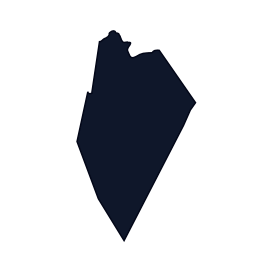 outline of Chassin/Babonneau, Dauphin, Saint Lucia, rotated 52°
{"feature_id": "8701671B17247677679787", "entity_name": "Chassin/Babonneau", "entity_type": "district", "adm_level": 2, "iso_a3": "LCA", "parent_name": "Saint Lucia", "parent_adm1": "Dauphin", "projection": "natural_earth1", "projection_center": [-60.929, 13.991], "detail": "fine", "context": "isolated", "style": "filled", "palette": "ink", "viewbox_px": 256, "rotation_deg": 52, "n_neighbors": 0, "source": "geoboundaries", "source_scale": "gbopen_adm2", "svg_char_len": 3623}
<svg xmlns="http://www.w3.org/2000/svg" viewBox="0 0 256 256"><g transform="rotate(52 128 128)"><path d="M86.0,55.6L85.9,55.7L85.9,55.8L85.7,55.9L85.6,56.0L85.3,56.4L85.1,56.6L84.9,56.8L84.8,57.0L84.7,57.1L84.5,57.5L84.4,57.6L84.3,57.8L84.2,57.9L84.1,58.1L84.0,58.3L83.6,58.9L83.5,59.1L83.4,59.5L83.3,60.0L83.3,60.3L83.3,60.5L83.2,60.6L83.2,61.1L83.3,61.3L83.3,61.5L83.4,61.9L83.4,62.0L83.5,62.4L83.4,62.8L83.0,63.5L82.9,63.6L82.8,63.8L82.7,63.9L82.5,64.1L82.4,64.4L82.2,64.6L81.9,64.9L81.8,65.2L81.5,65.5L81.3,65.8L81.2,65.9L81.2,66.0L80.8,66.6L80.7,66.7L80.6,66.9L80.4,67.2L80.3,67.3L80.1,67.6L80.0,67.8L79.8,68.1L79.7,68.3L79.6,68.5L79.4,68.8L79.3,69.0L79.2,69.1L79.1,69.3L79.0,69.5L78.9,69.6L78.6,70.1L78.5,70.4L78.4,70.6L78.3,70.9L78.2,71.0L78.1,71.5L78.0,71.8L77.9,72.0L77.8,72.4L77.7,72.6L77.5,73.0L77.4,73.3L77.3,74.1L77.2,74.4L77.2,74.5L77.1,75.0L77.1,75.3L77.1,75.6L77.0,75.9L77.0,76.2L76.9,76.3L76.9,76.6L76.8,77.0L76.8,77.3L76.6,78.0L76.5,78.4L76.5,78.7L76.4,78.8L76.3,79.2L76.2,79.4L76.1,79.7L76.1,79.8L75.9,80.4L75.8,80.5L75.7,80.7L75.7,80.8L75.5,81.0L75.4,81.1L75.3,81.3L75.1,81.5L74.9,81.6L74.6,81.9L74.4,82.0L74.2,82.0L73.7,82.2L73.4,82.2L72.8,82.2L72.7,82.2L72.4,82.2L72.2,82.2L71.8,82.1L71.6,82.1L71.4,82.0L71.1,81.9L70.9,81.9L70.7,81.8L70.4,81.8L70.2,81.7L69.8,81.6L69.7,81.6L69.4,81.5L69.2,81.5L69.0,81.4L68.9,81.4L68.6,81.3L68.4,81.2L68.2,81.2L67.8,81.1L67.5,81.0L67.3,80.9L67.2,80.9L66.9,80.8L66.7,80.7L66.4,80.6L66.2,80.5L66.1,80.4L65.9,80.2L65.7,79.9L65.5,79.7L65.4,79.6L65.3,79.4L65.1,79.2L64.9,78.8L64.9,78.7L64.7,78.5L64.6,78.1L64.5,77.9L64.4,77.6L64.2,77.1L64.1,76.7L64.0,76.4L63.9,76.1L63.9,75.9L63.8,75.7L63.7,75.5L63.6,75.3L63.4,74.9L63.3,74.6L63.2,74.4L63.1,74.2L62.8,73.9L62.7,73.8L62.6,73.7L62.4,73.6L62.2,73.6L61.9,73.8L61.7,74.0L61.4,74.2L61.3,74.3L61.2,74.5L61.0,74.8L60.9,74.9L60.8,75.2L60.8,75.3L60.7,75.4L60.0,75.5L59.9,75.6L60.0,75.7L60.2,76.0L59.5,76.4L59.3,76.6L59.2,76.8L58.9,77.2L58.7,77.6L58.6,77.8L58.4,78.1L58.3,78.3L58.2,78.4L58.1,78.5L57.9,78.7L57.8,78.8L57.5,79.0L57.4,79.0L57.1,79.1L56.8,79.1L56.6,79.1L56.4,79.1L55.8,79.1L55.6,79.1L55.4,79.1L55.1,79.1L54.9,79.0L54.6,79.0L54.4,78.9L54.0,78.8L53.9,78.8L53.6,78.7L53.4,78.6L53.2,78.5L53.0,78.4L52.7,78.4L52.4,78.3L52.2,78.3L51.9,78.2L51.6,78.1L51.4,78.0L51.2,77.9L50.8,77.8L50.3,77.7L50.1,77.7L49.9,77.7L49.5,77.7L49.4,77.7L49.2,77.6L48.9,77.6L48.6,77.5L48.4,77.5L48.3,77.4L48.1,77.4L47.9,77.4L47.8,77.5L47.7,77.5L47.3,77.7L47.2,77.7L46.9,77.9L46.6,78.1L46.4,78.4L46.2,78.5L45.9,78.8L45.7,78.9L45.4,79.0L45.2,79.0L44.9,78.9L44.7,78.9L44.4,78.8L44.1,78.8L43.9,78.8L43.6,78.9L43.5,79.0L43.4,79.0L43.2,79.2L42.9,79.4L42.8,79.5L42.7,79.5L42.5,79.8L42.4,79.9L42.4,80.0L42.2,80.3L42.1,80.5L42.0,80.8L41.9,81.0L41.8,81.3L41.8,81.5L41.7,81.7L41.7,81.9L41.7,82.0L41.7,83.1L41.7,83.3L41.6,83.6L41.7,83.9L41.9,84.5L42.0,84.6L42.3,84.8L42.5,84.9L42.5,85.0L42.8,85.1L42.9,85.3L43.0,85.4L43.1,85.6L43.2,86.0L43.5,86.7L43.5,86.9L43.6,87.1L43.6,87.3L43.7,87.5L43.7,87.8L43.7,88.0L43.6,88.4L43.6,88.5L43.6,88.9L43.6,89.0L43.6,89.3L43.6,89.6L43.5,89.8L43.5,90.0L43.4,90.4L43.4,90.7L43.3,90.8L43.2,91.2L43.2,91.4L43.1,91.5L43.1,91.9L43.0,92.0L43.0,92.4L43.0,92.6L43.0,92.8L43.0,93.0L43.0,93.3L43.0,93.5L43.0,93.9L43.0,94.0L43.1,94.3L43.1,94.7L43.1,94.8L43.1,95.3L43.1,95.6L43.1,95.8L43.0,96.1L42.9,96.3L42.9,96.5L42.7,96.8L42.6,97.0L42.4,97.3L77.4,134.2L78.4,135.1L77.5,137.0L77.4,137.0L77.1,137.3L76.9,137.5L76.7,137.6L76.4,137.7L76.2,137.8L75.8,137.8L75.7,137.7L75.4,137.7L75.2,137.6L75.1,137.8L107.3,176.5L165.5,194.9L214.3,200.4L160.1,82.6L152.2,67.8L149.6,59.2L86.0,55.6Z" fill="#0f172a" stroke="#020617" stroke-width="1.5"/></g></svg>